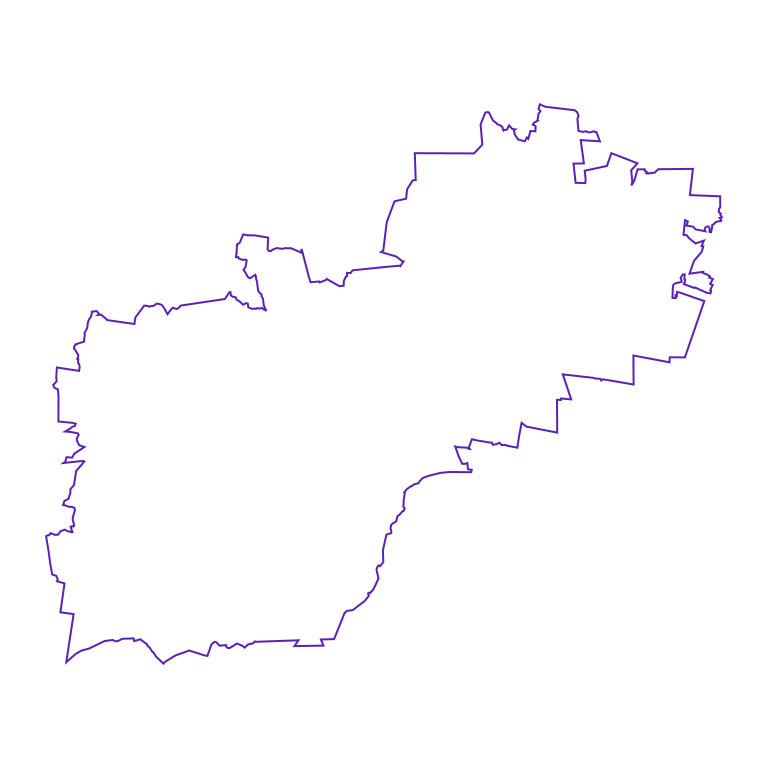 the district of Jesús María, Aguascalientes, Mexico
{"feature_id": "50627088B43766130092771", "entity_name": "Jesús María", "entity_type": "district", "adm_level": 2, "iso_a3": "MEX", "parent_name": "Mexico", "parent_adm1": "Aguascalientes", "projection": "mercator", "projection_center": [-102.408, 21.935], "detail": "fine", "context": "isolated", "style": "outline", "palette": "violet", "viewbox_px": 768, "rotation_deg": 0, "n_neighbors": 0, "source": "geoboundaries", "source_scale": "gbopen_adm2", "svg_char_len": 6023}
<svg xmlns="http://www.w3.org/2000/svg" viewBox="0 0 768 768"><path d="M637.4,163.3L611.4,153.2L606.9,166.0L584.7,170.7L585.6,178.8L585.3,183.1L575.6,182.8L573.5,163.6L583.9,163.4L580.7,140.1L599.9,141.3L596.5,132.2L596.2,132.4L593.6,131.3L590.6,132.3L587.7,132.2L586.1,131.2L582.9,131.9L578.5,130.9L577.4,118.8L578.6,116.0L577.1,112.1L574.6,110.2L545.5,106.8L539.8,104.4L538.6,108.9L540.5,111.1L538.5,113.9L537.5,120.3L537.9,120.6L533.9,122.8L532.8,124.7L535.3,125.8L535.6,126.4L535.4,131.3L530.4,131.0L528.3,138.9L526.8,137.5L524.8,141.3L518.2,139.5L514.7,134.4L514.4,132.2L513.9,131.4L514.5,129.6L515.0,129.3L512.3,129.0L509.1,125.4L506.9,129.6L504.1,130.0L503.6,130.5L502.8,129.4L502.8,128.0L502.0,126.5L499.5,125.0L497.3,124.3L496.8,123.4L493.0,120.5L488.9,112.4L487.8,112.1L485.3,112.5L480.6,124.5L482.3,144.6L474.1,153.4L414.8,153.2L415.7,180.1L412.7,180.3L407.1,189.3L406.1,198.7L394.5,201.3L386.7,222.3L383.3,250.5L381.0,252.0L396.2,256.5L402.2,261.1L403.5,261.4L400.3,266.2L399.5,265.7L384.8,267.0L352.6,270.3L350.6,273.0L347.0,272.9L347.1,276.0L345.8,276.9L343.9,280.8L343.6,285.8L339.2,286.1L326.8,279.0L326.3,279.8L319.8,282.4L319.3,281.5L310.6,282.2L308.8,276.7L301.6,248.9L301.2,252.6L291.3,248.3L285.1,248.2L282.3,248.8L276.6,248.1L272.5,249.7L271.1,251.0L268.9,251.1L267.6,249.2L268.2,237.6L254.9,235.4L247.8,235.3L243.2,234.4L239.9,242.4L238.3,243.8L237.0,244.3L236.5,253.9L235.9,257.1L238.3,257.1L238.5,258.4L242.6,259.9L245.8,259.6L246.7,260.4L245.5,267.0L243.5,269.9L245.3,272.4L247.6,276.6L249.4,278.1L250.2,278.2L255.3,274.8L256.0,276.8L256.1,279.0L256.9,281.1L258.1,290.5L259.3,292.5L260.9,293.7L261.7,295.2L261.5,296.2L263.0,298.6L263.7,305.2L266.3,311.0L264.7,309.7L263.0,309.0L262.1,307.9L259.2,308.7L258.5,308.2L256.7,308.3L256.0,309.0L254.5,308.5L252.2,308.9L248.3,307.3L247.7,303.5L245.8,303.2L243.2,304.7L239.9,301.7L236.8,299.7L236.1,298.7L235.8,297.3L233.0,296.9L230.9,295.5L230.5,292.1L229.5,292.1L224.9,299.0L180.6,305.6L179.1,307.5L176.7,309.1L172.9,307.7L170.9,309.7L167.5,314.2L163.8,307.6L162.4,305.5L161.2,304.7L158.6,303.8L156.5,303.7L154.1,305.6L149.2,306.6L147.6,305.9L144.2,305.6L135.4,317.4L134.4,324.0L107.1,320.1L107.0,319.6L101.1,314.7L98.0,314.9L98.9,314.2L98.8,313.8L98.2,312.7L96.5,311.1L91.8,311.7L91.8,313.3L90.9,316.7L89.1,319.3L87.9,322.3L87.2,328.0L84.5,332.9L84.8,335.5L84.2,338.7L84.2,341.6L75.4,344.4L75.3,345.2L74.2,346.5L74.0,348.7L75.3,349.9L78.2,355.1L78.2,357.6L77.3,358.4L77.2,359.0L78.4,359.8L77.9,362.4L78.9,363.9L79.7,366.4L79.1,370.9L56.9,367.5L56.2,377.8L56.6,379.4L56.5,381.5L53.2,385.0L54.4,387.7L57.9,389.4L58.5,396.8L58.4,421.5L72.1,422.8L75.7,423.7L75.0,425.9L71.9,427.0L70.4,428.4L65.2,431.5L70.1,431.9L77.8,433.3L78.7,434.9L76.8,438.5L76.8,440.1L79.0,445.1L84.4,447.0L74.4,453.6L72.1,457.6L66.5,457.2L65.4,461.5L63.5,463.0L81.1,461.1L83.4,461.0L84.3,461.5L76.1,471.1L74.0,485.1L70.4,489.2L70.4,492.7L68.6,498.4L68.2,499.1L64.4,500.9L63.1,505.1L65.6,505.4L68.5,506.7L71.3,506.8L74.4,507.8L74.9,510.2L72.7,518.0L72.8,519.9L74.2,525.6L73.4,526.6L72.1,526.2L70.6,526.7L72.4,532.1L71.1,532.2L70.2,531.5L68.7,531.6L67.2,531.1L64.9,529.6L60.5,531.2L58.1,534.7L54.9,534.8L50.6,533.2L49.1,535.2L47.4,535.4L46.1,536.2L48.6,551.2L50.2,563.4L52.2,574.5L56.3,575.8L57.8,579.7L57.0,581.3L64.5,583.4L60.4,612.3L73.6,614.1L66.3,662.2L75.8,653.8L81.6,650.5L89.0,648.6L104.7,641.0L112.4,640.0L115.9,641.3L118.1,641.0L122.2,638.8L133.6,638.4L134.1,641.1L140.3,639.3L147.1,644.4L147.4,645.8L149.3,647.1L152.1,651.4L153.9,653.1L156.0,656.6L163.5,663.6L165.2,661.7L175.6,655.4L189.2,650.5L204.8,655.5L207.4,655.9L211.5,644.3L214.6,641.8L216.4,642.3L219.4,645.7L225.9,645.1L226.2,646.6L227.6,647.9L229.7,648.1L236.9,643.5L242.5,645.9L244.7,647.6L248.2,644.4L253.0,643.3L255.1,641.4L255.9,641.8L298.5,640.3L294.4,646.1L323.4,645.6L320.9,639.5L334.1,639.1L344.6,612.9L347.0,610.9L352.7,610.1L364.8,600.9L368.9,595.7L368.0,593.4L368.7,592.8L370.6,592.8L371.2,591.6L372.8,590.3L374.3,587.5L378.5,578.5L376.5,569.6L377.0,567.8L378.1,565.8L378.8,565.4L380.0,566.2L383.3,562.1L382.9,550.4L386.4,534.6L391.1,533.2L391.4,531.1L390.5,528.8L391.0,525.1L392.5,523.6L396.2,521.4L397.4,516.2L399.5,514.8L402.3,511.4L403.4,511.1L404.8,508.5L403.4,506.8L403.7,500.3L404.9,492.3L404.4,492.2L406.9,489.1L410.9,486.3L412.1,486.0L412.5,485.3L414.7,484.2L418.4,483.3L419.9,480.9L423.0,477.9L428.3,475.9L440.3,472.9L449.4,472.0L471.2,472.2L471.7,469.8L468.0,469.2L467.3,463.1L465.3,463.8L462.2,463.8L458.5,455.9L455.2,446.5L457.5,447.2L467.0,447.7L468.5,448.8L469.7,448.9L468.7,447.8L472.0,439.2L476.9,440.4L489.4,442.5L491.8,442.5L492.8,444.8L496.2,444.2L499.6,442.8L501.6,445.0L506.4,445.1L507.0,445.7L517.4,447.7L519.0,436.6L521.6,422.8L526.4,426.6L557.2,432.6L557.0,399.8L561.0,399.9L561.0,398.5L571.2,399.4L562.8,374.4L593.9,377.9L594.5,378.4L600.5,378.9L601.2,380.5L603.1,379.3L633.6,384.5L633.4,355.5L669.5,362.3L669.8,357.3L684.9,357.4L704.3,301.1L680.5,292.8L677.1,291.9L676.8,296.0L675.6,295.4L675.8,298.0L672.5,297.9L672.8,288.1L673.2,285.2L673.7,284.4L674.9,283.5L681.7,281.8L681.6,280.6L680.6,277.9L682.7,274.5L684.7,274.4L684.3,278.8L684.7,278.8L685.1,279.9L685.0,281.8L683.7,284.0L694.4,288.0L695.0,287.5L706.6,292.7L710.5,293.4L711.1,290.7L710.2,290.2L712.7,284.9L710.2,283.9L712.9,279.0L709.3,277.7L709.9,276.4L707.0,274.5L702.9,273.0L703.2,271.8L689.5,273.7L694.0,260.8L701.7,251.8L703.3,246.3L701.5,246.0L703.9,240.6L695.4,243.5L694.1,242.0L693.0,241.5L688.5,237.7L687.1,235.5L686.2,235.1L683.5,234.9L685.0,220.2L687.8,221.4L686.5,225.6L693.2,226.7L695.6,229.4L705.4,231.3L704.6,229.9L705.1,228.1L706.0,226.8L708.5,226.4L709.7,228.4L709.5,231.9L711.1,232.2L712.3,226.6L712.0,225.6L712.4,224.7L713.7,224.4L715.9,221.9L721.1,220.9L721.3,220.2L719.6,217.9L721.9,217.3L720.3,214.8L720.8,213.6L718.8,212.1L719.0,208.9L720.2,207.3L720.2,196.3L689.9,195.1L692.9,168.9L658.3,169.2L654.5,172.7L647.9,173.5L646.4,173.3L647.2,172.2L644.9,170.9L644.8,169.3L637.6,169.3L634.3,180.6L631.4,185.5L632.3,181.5L631.2,170.3L637.4,163.3Z" fill="none" stroke="#5b21b6" stroke-width="2"/></svg>